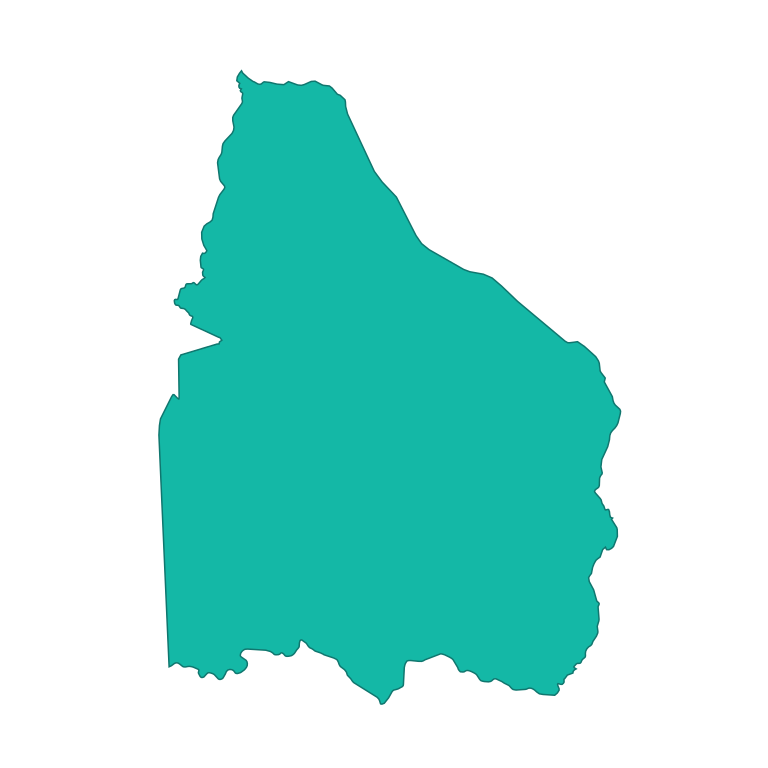 the border of Southern, rotated 266°
{"feature_id": "ZMB-522", "entity_name": "Southern", "entity_type": "Province", "adm_level": 1, "iso_a3": "ZMB", "parent_name": "Zambia", "parent_adm1": "", "projection": "albers", "projection_center": [26.307, -16.684], "detail": "fine", "context": "isolated", "style": "filled", "palette": "teal", "viewbox_px": 768, "rotation_deg": 266, "n_neighbors": 0, "source": "natural_earth", "source_scale": "10m", "svg_char_len": 6070}
<svg xmlns="http://www.w3.org/2000/svg" viewBox="0 0 768 768"><g transform="rotate(266 384 384)"><path d="M706.4,263.7L704.0,264.8L698.5,270.0L694.9,274.5L694.4,275.7L692.1,279.1L691.6,281.0L691.9,282.5L693.4,284.6L693.8,285.5L692.8,291.2L690.6,298.2L689.6,305.0L692.3,309.8L688.3,318.8L687.7,322.5L688.3,325.4L690.9,332.5L690.9,336.4L686.9,342.8L686.2,344.2L685.1,350.3L682.8,352.9L676.3,357.7L675.0,360.5L670.3,364.9L668.1,365.2L663.5,365.1L655.8,366.5L596.7,389.2L585.7,396.2L569.6,409.4L529.8,426.3L521.4,431.3L514.9,438.3L492.7,471.5L490.0,477.4L486.6,490.8L482.2,499.3L473.6,508.0L457.0,523.1L414.1,567.6L412.4,570.1L412.2,571.8L412.4,576.0L412.7,580.0L407.3,586.7L396.5,597.1L392.1,599.5L389.7,600.2L382.1,600.5L380.4,601.2L374.5,605.1L370.7,603.9L355.5,610.9L351.6,611.3L349.0,612.0L346.9,613.2L342.3,617.5L340.4,618.1L338.1,617.7L328.9,614.7L326.4,613.3L324.1,611.4L321.6,608.6L319.5,606.8L316.9,605.7L312.6,605.0L305.9,602.8L293.5,596.0L286.2,594.6L280.2,595.5L279.0,595.2L278.0,594.2L276.7,593.3L275.1,592.5L267.7,591.7L266.3,591.1L265.4,590.1L264.5,588.5L263.4,587.1L261.9,586.5L260.5,587.3L254.7,591.7L253.3,592.5L249.6,593.2L246.9,594.8L244.1,595.5L243.1,595.9L242.9,596.5L243.3,598.7L243.1,599.3L240.9,600.0L237.8,600.1L235.3,600.6L234.3,602.7L233.2,601.5L224.4,606.2L222.5,606.5L215.7,606.2L205.9,601.6L204.2,599.6L203.0,596.9L203.2,594.5L205.8,593.5L203.6,590.6L196.3,587.5L194.7,584.9L193.3,583.1L190.1,581.0L186.5,579.3L180.5,577.7L178.5,575.9L176.5,574.6L172.5,575.0L164.0,578.8L153.2,581.0L152.3,581.4L150.8,582.9L149.9,583.3L148.9,583.1L147.4,582.2L146.6,582.0L134.4,582.1L132.7,581.8L127.4,579.8L122.4,580.1L120.8,579.9L117.6,578.3L112.7,574.5L109.7,573.1L108.6,571.9L107.5,569.8L105.7,567.9L103.5,566.6L101.3,566.1L98.6,566.0L97.4,565.5L95.3,562.7L94.4,562.0L92.6,561.1L91.9,560.4L91.7,559.4L91.8,557.3L91.3,556.3L88.9,553.8L87.8,553.9L86.4,555.8L85.9,554.7L85.1,553.5L84.0,552.6L82.5,552.3L80.8,546.5L80.3,546.2L77.3,543.6L76.9,542.9L75.0,542.9L73.8,542.7L73.0,542.1L72.0,540.8L72.0,539.6L73.0,536.7L72.4,536.2L70.8,536.4L67.8,537.4L66.3,537.3L63.7,535.4L61.6,532.6L63.2,521.0L64.1,517.4L66.1,514.9L68.1,513.0L68.9,512.0L70.0,510.2L70.4,508.9L70.5,507.7L70.4,506.8L69.7,504.9L69.5,503.7L69.5,494.4L69.9,492.7L70.3,491.4L71.4,490.1L74.0,488.1L74.6,487.5L77.3,482.9L78.9,480.9L82.0,475.3L82.2,474.2L82.1,473.2L81.3,471.8L80.3,470.6L79.8,469.3L79.6,467.4L80.2,463.2L80.8,461.2L81.4,459.9L82.7,458.8L87.1,456.4L88.1,455.6L89.2,454.2L91.0,451.2L92.0,449.1L92.4,447.5L92.4,446.5L92.2,445.6L91.3,443.9L91.2,442.6L91.6,440.1L92.9,439.0L94.3,438.2L96.0,437.8L104.3,433.6L105.5,432.4L106.9,430.4L109.6,425.7L110.5,423.4L110.9,421.7L106.0,405.6L105.2,404.1L104.7,402.2L104.9,399.5L106.3,391.4L106.4,389.3L106.2,387.9L105.7,387.3L104.4,386.3L102.8,385.4L99.9,384.5L82.9,382.4L81.8,382.1L80.9,381.3L78.9,376.9L78.5,375.2L78.0,372.5L77.6,371.7L76.4,370.5L70.6,366.7L65.5,362.0L64.8,359.6L65.0,358.8L65.1,358.3L65.3,358.2L68.4,357.5L70.0,356.9L72.0,355.3L88.2,333.0L89.5,331.9L92.4,330.2L95.5,327.6L96.2,327.1L98.9,326.5L99.7,326.1L101.8,324.7L105.1,320.9L105.8,320.4L107.3,319.7L109.9,319.0L112.1,318.0L113.0,316.8L114.2,314.7L118.1,305.2L118.7,304.5L120.2,301.9L122.1,297.3L122.7,296.2L123.9,295.0L124.9,293.7L126.2,291.4L127.5,290.3L130.3,288.7L131.0,288.2L134.4,284.1L134.4,283.3L134.1,282.6L133.3,282.1L131.4,281.5L128.3,281.1L127.4,280.8L126.1,279.7L125.0,278.5L121.6,275.9L120.5,274.6L119.7,273.2L119.4,272.4L119.1,270.0L119.1,268.1L119.4,267.0L120.0,266.2L121.5,265.2L122.2,264.5L123.0,263.3L122.9,262.5L121.8,261.1L121.4,259.8L121.4,257.5L121.6,256.2L122.2,255.3L122.9,254.8L123.9,253.7L125.1,252.0L126.7,247.5L129.1,229.4L129.1,227.2L128.9,226.3L128.1,224.8L127.1,223.6L125.7,222.5L124.9,222.1L123.2,221.7L122.4,221.9L121.7,222.5L118.0,227.1L116.6,227.9L114.7,228.2L112.7,227.9L111.1,227.1L109.8,226.0L108.6,224.8L106.4,221.3L106.0,220.4L105.4,217.5L105.6,216.4L106.0,215.6L108.2,214.2L108.9,213.5L109.6,212.4L110.0,210.3L109.6,208.4L109.1,207.7L108.0,206.6L105.8,205.5L102.2,203.1L101.5,202.4L101.0,201.4L100.7,199.9L100.9,198.9L101.4,198.1L105.9,194.5L106.6,193.6L107.2,192.5L108.0,190.4L108.2,189.2L108.1,188.1L107.1,186.8L104.3,183.9L103.9,182.4L104.0,181.4L104.5,180.7L105.1,180.2L108.3,178.8L109.1,178.7L111.4,179.4L112.0,179.1L112.5,178.5L114.8,174.1L115.3,172.8L115.9,170.4L115.9,168.7L115.6,166.3L115.7,164.9L116.0,163.9L116.5,163.2L119.1,160.4L120.0,159.0L120.3,157.8L120.3,156.7L119.7,155.2L117.8,152.3L116.9,149.9L348.8,155.9L358.3,157.1L364.8,158.6L386.3,171.3L388.1,172.8L388.0,173.8L384.1,177.1L383.4,178.2L385.0,178.7L423.1,180.8L427.2,183.4L435.5,220.2L435.5,222.3L437.4,222.8L439.0,225.3L441.7,223.6L442.2,222.2L456.9,195.5L457.7,195.4L460.8,196.5L463.3,197.8L464.2,197.9L464.9,197.5L465.6,195.9L466.1,195.2L466.8,194.7L468.4,194.2L470.8,192.1L472.3,191.0L473.2,189.6L473.8,186.7L474.3,186.1L476.4,184.9L476.8,184.2L477.2,182.0L478.0,181.3L479.2,180.8L481.7,180.6L482.7,181.1L483.0,181.9L482.7,183.5L482.9,184.1L483.9,184.6L492.2,187.4L493.1,188.1L493.4,188.9L493.6,190.8L493.9,191.7L494.4,192.3L497.1,193.4L497.6,194.0L497.7,195.0L497.5,198.3L497.6,199.2L497.9,200.0L498.4,200.6L498.4,201.2L498.1,201.8L496.3,203.4L496.0,204.1L496.1,204.8L496.5,205.5L500.0,208.9L501.0,210.1L501.6,211.6L502.7,212.9L504.3,211.3L505.3,210.8L508.2,210.8L509.9,211.7L511.0,212.0L511.6,211.6L512.7,209.9L513.3,209.6L520.3,209.4L524.1,210.1L527.2,212.1L526.8,213.5L527.1,214.7L528.0,215.7L529.4,216.6L534.9,213.9L541.4,212.4L548.1,212.7L554.0,215.6L556.2,218.5L557.6,221.5L559.4,223.9L562.3,225.0L565.8,225.5L581.7,231.9L584.4,233.5L589.4,237.9L591.1,238.9L592.7,238.7L597.5,235.2L600.1,234.3L616.3,233.4L619.5,234.2L621.4,235.3L624.5,237.6L626.5,238.4L632.5,239.4L635.0,240.2L637.7,242.4L644.6,249.9L647.5,251.6L650.7,252.3L657.2,251.5L660.4,251.7L662.6,252.7L673.5,261.6L675.0,262.4L676.0,262.5L678.9,262.2L680.0,262.4L682.5,263.1L683.9,263.3L684.8,262.7L685.5,261.6L686.6,261.1L688.4,262.3L689.1,260.7L690.4,260.0L692.2,260.1L694.0,261.1L696.8,258.3L700.5,259.1L704.0,261.5L706.4,263.7Z" fill="#14b8a6" stroke="#0f766e" stroke-width="1.5"/></g></svg>